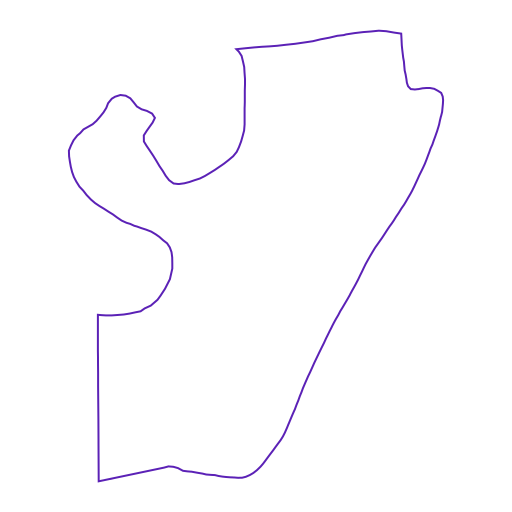 outline of Nu'man, Al Bayda', Yemen
{"feature_id": "15242507B35371213994170", "entity_name": "Nu'man", "entity_type": "district", "adm_level": 2, "iso_a3": "YEM", "parent_name": "Yemen", "parent_adm1": "Al Bayda'", "projection": "orthographic", "projection_center": [45.536, 14.622], "detail": "fine", "context": "isolated", "style": "outline", "palette": "violet", "viewbox_px": 512, "rotation_deg": 0, "n_neighbors": 0, "source": "geoboundaries", "source_scale": "gbopen_adm2", "svg_char_len": 3846}
<svg xmlns="http://www.w3.org/2000/svg" viewBox="0 0 512 512"><path d="M98.7,481.3L164.1,467.6L168.5,466.4L173.4,466.8L178.0,468.1L183.0,470.8L187.7,471.4L191.6,471.7L197.1,472.7L202.5,473.6L206.2,474.5L211.3,474.9L215.0,475.1L218.6,476.0L221.8,476.5L222.4,476.6L226.1,477.0L230.0,477.3L234.4,477.5L238.1,477.8L242.2,477.7L245.8,476.8L249.9,475.0L253.3,473.0L256.9,470.2L260.5,466.7L263.0,463.8L265.5,460.5L268.0,457.1L270.4,453.9L273.0,450.5L275.3,447.3L277.8,443.9L279.0,442.3L280.5,440.3L282.9,436.5L284.9,432.6L287.0,427.8L288.5,424.1L288.7,423.7L290.4,419.6L292.5,414.6L294.3,410.5L294.8,409.5L296.6,404.6L298.3,400.5L299.9,396.0L301.4,392.4L302.9,388.3L304.7,384.1L306.3,380.4L306.4,380.2L308.1,376.3L310.1,372.2L312.0,368.0L314.4,362.6L317.0,357.2L319.2,352.6L321.8,347.3L324.0,342.9L326.0,338.5L327.8,334.9L329.8,330.8L331.9,326.7L332.1,326.2L333.7,323.1L335.7,319.4L338.3,315.0L340.3,311.1L342.3,307.9L344.9,303.5L347.5,299.1L349.9,294.9L350.2,294.2L351.9,291.0L354.1,287.1L355.9,283.8L358.2,279.4L360.0,275.6L362.0,271.6L363.6,268.2L365.6,264.1L368.1,259.6L370.2,255.9L372.5,252.0L374.6,248.5L375.5,247.1L377.3,244.6L379.7,241.2L381.9,238.1L384.0,234.9L386.9,230.4L389.5,226.5L391.8,223.4L393.9,220.3L395.9,217.0L398.7,212.9L401.4,208.5L403.0,206.2L404.0,204.8L406.0,201.5L408.1,197.8L410.4,193.9L412.2,190.6L412.9,189.1L414.1,186.7L415.8,183.0L417.8,178.7L419.3,175.3L421.3,171.3L423.1,167.6L424.9,163.7L426.5,159.6L427.8,156.1L428.2,155.0L429.2,152.4L430.6,148.4L432.4,144.5L433.6,140.9L435.3,136.3L436.2,133.7L436.7,132.3L437.0,131.5L438.0,128.2L438.2,127.6L439.1,124.5L439.9,120.6L440.9,116.5L441.1,116.0L442.1,112.0L442.5,108.0L442.9,103.9L443.1,100.2L443.0,99.2L442.7,96.5L441.2,92.9L437.9,90.8L434.2,88.8L430.0,88.0L426.3,88.0L422.5,88.3L418.5,89.1L417.3,89.2L414.8,89.5L413.2,89.3L410.8,89.1L408.1,86.3L407.5,84.6L406.9,82.8L406.4,79.1L405.6,74.4L404.7,70.6L404.3,66.3L403.9,61.5L403.2,57.7L402.7,53.5L402.2,49.3L401.8,45.3L401.3,35.2L401.2,33.6L394.2,32.6L386.2,31.2L378.8,30.7L370.8,31.5L363.0,32.1L354.6,33.1L346.1,34.4L343.7,35.1L337.3,35.8L329.3,37.7L320.7,39.3L312.9,41.2L306.2,42.2L305.5,42.3L295.1,43.8L285.6,44.8L277.0,45.8L269.0,46.4L261.6,46.8L254.2,47.4L246.0,48.2L236.4,49.2L238.8,51.6L241.6,55.9L243.0,61.6L244.2,67.0L244.5,72.1L245.0,79.0L245.0,84.5L244.8,90.4L244.8,96.6L244.8,100.8L244.8,102.0L244.7,105.8L244.6,108.0L244.6,113.5L244.6,118.7L244.6,124.4L244.1,130.6L242.5,136.6L241.1,141.5L238.9,147.3L236.7,151.9L233.1,156.3L231.4,157.7L228.8,159.9L224.2,163.5L221.5,165.4L219.4,166.8L214.9,169.9L209.7,173.1L204.9,176.0L199.9,178.5L194.3,180.3L189.4,182.0L184.3,183.3L179.2,184.0L178.0,184.0L173.6,183.5L169.1,180.2L165.7,175.8L162.7,170.8L159.6,166.3L156.4,160.9L153.2,155.7L149.8,150.6L146.6,145.9L143.9,141.5L143.8,135.4L146.6,131.0L149.5,126.9L152.6,122.6L154.9,117.9L152.1,113.6L146.9,110.9L141.6,109.3L136.9,106.5L133.7,102.4L130.3,98.3L125.7,95.7L120.4,95.0L115.1,96.7L111.8,98.7L108.1,103.2L106.3,107.9L103.5,112.4L100.2,116.5L96.5,120.8L92.7,124.2L88.3,126.7L83.5,129.4L80.1,133.2L77.3,135.5L73.6,140.2L71.0,145.4L68.9,150.6L69.1,156.4L69.9,161.7L70.8,166.8L72.1,172.0L73.9,177.0L76.3,181.6L79.5,186.7L83.2,190.6L86.6,195.0L90.9,199.5L95.1,203.1L99.4,206.0L103.9,208.7L108.5,211.7L112.9,214.4L117.1,217.5L121.7,220.6L126.5,222.8L130.2,223.9L134.3,225.8L136.9,226.5L141.3,228.1L146.0,229.6L151.2,231.6L155.7,234.3L159.4,236.9L163.2,240.3L167.1,243.3L169.8,247.4L171.5,252.1L171.8,254.2L172.2,257.4L172.3,263.3L172.3,268.6L171.1,273.9L169.9,279.2L165.0,288.8L160.5,295.7L157.5,299.8L150.8,305.6L144.7,308.4L140.6,311.3L135.5,312.3L129.5,313.6L123.8,314.5L117.4,315.0L111.8,315.4L106.7,315.4L105.9,315.4L101.0,315.1L97.9,314.8L97.9,339.1L97.9,350.9L98.0,357.3L98.0,362.1L98.1,373.1L98.1,386.0L98.4,420.0L98.5,439.9L98.5,441.2L98.5,443.2L98.7,481.3Z" fill="none" stroke="#5b21b6" stroke-width="2"/></svg>